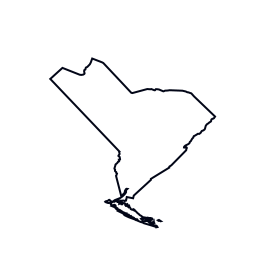 an SVG outline of New York, rotated 44°
{"feature_id": "USA-3559", "entity_name": "New York", "entity_type": "State", "adm_level": 1, "iso_a3": "USA", "parent_name": "United States of America", "parent_adm1": "", "projection": "albers", "projection_center": [-74.009, 42.755], "detail": "fine", "context": "isolated", "style": "outline", "palette": "ink", "viewbox_px": 256, "rotation_deg": 44, "n_neighbors": 0, "source": "natural_earth", "source_scale": "10m", "svg_char_len": 6007}
<svg xmlns="http://www.w3.org/2000/svg" viewBox="0 0 256 256"><g transform="rotate(44 128 128)"><path d="M39.1,130.3L56.3,123.2L57.6,122.2L58.7,120.7L59.0,119.5L58.9,119.0L58.4,118.6L57.4,118.0L56.9,117.5L56.4,116.8L56.7,115.5L56.0,114.5L55.8,113.9L55.8,113.5L56.2,112.7L56.3,112.0L56.3,109.2L56.3,108.7L55.7,106.7L54.0,102.9L63.7,98.8L65.1,98.4L105.9,100.4L106.9,99.8L114.8,86.6L117.2,84.6L117.7,83.8L120.8,82.5L121.2,82.0L121.0,80.9L121.7,80.1L123.5,78.8L127.9,77.1L128.2,76.7L128.7,75.4L130.5,73.5L131.7,71.9L141.2,63.4L144.2,61.6L145.8,61.1L146.7,60.4L148.3,59.7L149.5,59.1L153.6,59.4L182.7,59.3L183.0,61.2L182.9,61.9L182.3,62.8L182.1,63.8L182.3,64.4L183.0,65.3L183.1,65.8L182.6,67.8L182.6,68.8L182.2,70.2L182.2,71.0L182.4,72.4L183.9,75.1L184.1,76.0L183.9,77.3L183.2,78.8L183.2,79.3L183.6,81.0L183.4,82.5L183.3,82.8L182.4,83.5L182.2,83.8L182.0,85.0L181.3,87.5L181.0,88.1L181.1,88.6L181.6,89.5L181.6,91.1L181.9,92.4L182.3,93.7L182.2,95.2L182.7,96.1L182.7,96.7L182.6,97.6L181.5,100.7L181.4,102.0L181.5,102.7L181.8,103.1L182.5,102.6L182.8,101.6L183.0,101.4L183.4,101.3L183.9,101.3L184.3,101.7L184.7,102.8L185.3,103.6L185.1,124.6L184.8,126.2L184.6,126.7L184.9,128.2L185.1,128.2L179.8,148.7L180.5,149.4L179.1,172.6L180.5,175.0L175.1,178.5L176.3,180.5L176.6,180.8L176.9,181.6L176.7,181.7L176.8,181.9L176.7,182.2L176.1,183.0L175.4,183.1L174.1,184.4L173.8,184.9L173.7,185.4L173.6,185.6L173.0,185.6L172.8,186.6L173.4,187.4L171.8,187.4L171.1,187.6L170.4,187.6L170.2,187.2L170.8,185.7L170.7,185.3L170.5,185.1L171.0,183.8L171.5,181.2L171.6,178.1L171.5,177.0L171.3,175.9L171.1,175.4L170.0,174.4L169.7,173.8L169.9,172.8L169.9,172.2L169.2,172.7L169.0,173.4L169.5,175.4L169.8,175.9L170.2,176.2L170.6,176.7L170.5,178.5L170.8,181.2L170.8,181.9L152.6,170.7L152.5,170.1L151.7,168.4L150.8,168.5L150.1,167.9L148.9,168.0L148.4,167.9L147.6,166.9L146.5,166.7L146.2,166.3L144.7,163.3L144.4,163.0L144.4,162.7L144.6,160.5L144.3,159.3L144.3,159.0L144.6,158.8L144.7,158.5L144.6,157.8L144.4,157.6L143.5,157.1L144.0,156.5L144.1,156.2L143.6,155.9L143.3,155.4L142.7,155.1L142.2,154.7L141.9,154.6L140.6,154.8L140.3,154.5L140.0,152.5L138.3,151.4L138.3,150.9L38.0,146.7L39.1,130.3ZM216.6,179.1L216.3,178.7L217.0,178.5L218.0,178.8L217.4,179.7L216.4,179.9L212.8,181.7L205.5,185.5L204.2,185.8L204.5,185.3L204.5,185.0L204.3,184.8L203.4,184.9L203.3,185.1L203.6,186.0L203.3,186.3L202.4,186.8L198.2,188.4L197.9,188.3L199.9,187.6L198.7,187.5L198.1,187.3L197.2,188.1L196.4,188.1L195.8,187.9L196.1,188.1L196.0,188.5L195.2,189.1L194.6,189.2L194.4,188.6L193.5,188.9L193.1,189.4L191.5,189.2L191.3,189.2L191.1,189.7L189.5,190.1L188.8,189.8L188.6,189.9L188.5,190.6L188.2,190.7L186.9,190.6L186.4,190.3L185.5,191.1L184.5,191.3L183.2,191.9L178.9,192.7L176.7,193.8L176.5,193.7L176.7,193.3L176.4,193.1L175.7,193.2L175.4,193.5L175.4,194.0L178.5,194.1L178.4,194.3L175.5,194.4L174.1,194.2L173.0,194.4L170.1,195.6L170.1,195.2L173.6,193.9L174.0,193.3L173.4,192.7L172.6,192.4L171.7,192.6L171.2,193.1L171.2,193.4L171.5,194.4L171.2,194.6L171.1,194.4L170.4,194.4L170.0,194.6L169.0,194.8L168.6,194.8L168.4,194.5L168.7,194.4L168.7,194.2L168.0,193.7L167.8,193.3L167.8,192.7L168.4,191.9L168.3,191.5L168.7,190.9L169.4,190.6L169.6,190.1L169.7,189.5L170.3,188.6L170.8,188.1L171.3,188.4L171.7,188.3L171.9,188.5L172.8,187.8L173.8,188.0L174.3,188.6L174.5,188.0L174.1,187.4L174.3,186.8L174.7,186.7L175.3,187.6L175.5,187.4L175.7,187.1L175.6,186.7L174.8,186.4L174.9,186.1L175.1,185.7L175.5,185.7L176.2,186.0L176.7,187.0L176.9,186.8L176.7,185.7L177.2,184.7L178.7,184.2L179.7,184.1L179.9,184.5L179.6,184.9L179.3,184.8L179.1,185.0L179.4,185.3L180.0,185.4L180.0,184.9L180.4,184.9L180.4,185.2L180.7,185.4L180.9,185.2L181.0,184.9L180.9,184.6L180.4,183.8L180.5,183.3L181.1,183.6L181.8,183.6L181.6,184.2L182.1,184.7L182.8,184.5L183.5,184.6L183.6,184.2L183.4,183.9L182.5,183.9L182.3,183.4L182.5,183.0L183.0,183.2L183.1,183.6L185.0,183.9L186.3,184.4L187.6,184.0L188.1,183.7L188.3,183.2L188.2,182.7L189.1,182.4L189.5,182.5L189.3,183.1L189.6,183.1L189.9,183.0L189.9,182.8L189.8,182.5L190.0,182.4L190.6,182.7L191.5,182.5L194.0,182.6L195.7,182.4L196.8,182.5L198.7,182.0L200.3,181.9L200.8,181.7L203.9,179.6L204.5,178.7L205.2,178.6L206.8,177.0L208.3,176.3L209.0,176.5L209.0,177.1L208.7,177.4L208.0,177.8L207.7,177.2L206.8,177.8L205.2,179.3L205.2,179.6L205.9,179.9L205.8,180.3L205.3,180.3L204.7,180.5L204.8,181.5L204.7,181.8L204.3,181.2L204.0,181.2L203.9,181.6L202.8,181.8L202.3,182.4L202.3,182.7L201.5,183.4L200.6,183.6L200.4,184.2L200.9,184.2L201.4,184.4L201.8,184.0L203.3,184.5L203.8,184.5L204.3,184.1L204.7,183.1L205.4,182.8L206.3,181.5L207.3,181.3L207.4,181.1L207.1,180.3L207.4,180.2L207.7,180.2L207.9,181.1L208.6,181.2L208.7,180.8L209.0,180.7L209.4,179.9L209.8,180.0L210.5,180.9L210.6,179.8L210.9,179.5L211.2,179.5L212.1,181.0L212.3,181.1L213.6,180.6L214.9,179.6L215.3,179.8L215.7,179.7L215.7,179.0L216.0,178.8L216.6,179.3L216.6,179.1ZM165.8,192.8L166.9,192.4L167.0,192.7L166.9,192.8L167.0,193.2L167.4,193.8L166.3,195.3L165.6,195.9L165.2,195.9L164.2,196.6L163.0,196.9L162.8,196.9L162.8,196.7L163.1,196.4L163.1,195.7L163.9,195.1L164.0,194.8L164.2,193.0L164.7,192.5L165.8,192.8ZM193.0,190.2L196.9,188.6L197.4,188.5L197.4,188.8L196.3,189.1L190.9,191.5L188.4,192.4L186.2,193.1L185.0,193.1L184.8,192.9L185.9,192.9L190.9,191.2L193.0,190.2ZM170.2,187.8L169.3,189.6L169.2,190.4L168.3,190.8L168.6,189.1L170.3,185.4L170.6,185.5L170.6,185.8L170.1,186.9L170.1,187.3L170.2,187.8ZM185.9,192.6L184.4,192.7L178.6,194.6L178.7,194.1L184.0,192.4L186.1,192.3L185.9,192.6ZM206.9,178.5L206.9,178.1L207.2,178.1L207.3,178.4L207.7,178.7L208.3,178.8L208.2,179.1L208.3,179.5L208.2,179.8L208.4,180.3L207.4,179.8L206.5,179.9L206.2,179.6L206.2,179.2L206.4,178.8L206.9,178.5ZM214.6,173.4L214.1,173.4L213.7,173.5L213.8,173.2L214.0,173.0L214.1,172.7L214.3,172.7L214.5,173.0L214.7,172.5L216.4,172.2L216.2,172.5L215.3,172.7L214.6,173.4ZM211.7,177.5L212.2,177.9L212.9,178.1L212.8,178.3L212.9,178.9L212.4,179.5L212.4,178.7L212.2,178.4L211.5,178.2L211.8,177.8L211.7,177.5Z" fill="none" stroke="#020617" stroke-width="2"/></g></svg>